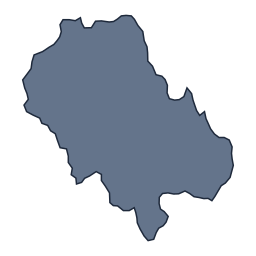 Divinésia, Minas Gerais, Brazil
{"feature_id": "56859067B81533009711708", "entity_name": "Divinésia", "entity_type": "district", "adm_level": 2, "iso_a3": "BRA", "parent_name": "Brazil", "parent_adm1": "Minas Gerais", "projection": "natural_earth1", "projection_center": [-42.994, -20.992], "detail": "fine", "context": "isolated", "style": "filled", "palette": "slate", "viewbox_px": 256, "rotation_deg": 0, "n_neighbors": 0, "source": "geoboundaries", "source_scale": "gbopen_adm2", "svg_char_len": 1588}
<svg xmlns="http://www.w3.org/2000/svg" viewBox="0 0 256 256"><path d="M204.5,111.6L199.7,115.4L196.6,110.6L194.7,105.1L193.0,100.1L191.6,93.6L187.0,87.9L183.9,96.6L179.3,99.6L174.6,100.1L169.4,98.7L167.1,92.9L167.4,85.3L165.1,79.6L161.9,76.2L156.0,74.7L152.5,66.2L147.8,61.1L147.6,52.7L147.0,46.8L144.2,40.8L142.8,31.5L137.9,25.5L134.4,19.3L131.3,15.9L126.1,15.4L121.3,15.9L117.4,19.1L113.6,21.5L109.2,22.0L101.4,20.9L95.5,21.2L91.4,27.7L84.3,27.9L81.7,23.1L80.4,17.7L75.3,20.7L69.4,19.7L63.0,19.7L60.0,24.7L61.3,31.7L59.7,36.9L57.1,40.6L53.9,44.4L49.0,47.3L42.6,51.6L34.1,54.9L32.0,61.8L31.1,68.6L27.0,74.2L22.7,79.9L24.7,87.9L27.0,93.6L28.3,99.3L24.0,105.1L26.6,111.6L33.1,115.1L39.7,118.1L41.9,123.3L47.7,125.4L50.6,130.8L55.3,133.7L57.4,140.2L60.1,147.7L66.5,148.9L68.3,156.1L68.3,162.5L72.3,168.2L71.2,174.7L75.9,178.1L76.5,184.0L81.6,182.4L84.6,178.3L89.5,176.0L96.2,171.6L101.4,174.4L101.4,180.5L105.4,186.2L109.5,192.9L109.9,202.6L113.3,205.6L117.6,205.9L123.4,210.6L129.2,210.6L134.2,207.7L135.8,212.6L136.9,217.8L137.3,222.8L140.1,229.0L144.1,236.0L148.1,240.6L153.7,239.3L156.2,232.6L158.7,228.2L163.2,225.7L166.1,222.1L168.2,216.4L164.2,211.6L160.5,209.1L159.1,203.5L159.3,197.3L162.5,193.5L168.0,192.9L173.7,194.0L178.7,193.8L185.0,191.0L189.7,193.5L194.0,196.7L199.1,197.5L203.8,198.6L208.1,198.4L211.9,200.7L214.9,196.4L217.9,191.3L221.2,185.7L225.4,183.0L230.1,177.4L233.3,165.4L232.1,158.8L231.5,153.4L232.1,146.9L229.2,140.0L224.2,137.5L219.0,137.5L214.4,134.0L210.6,128.9L208.2,123.5L206.0,118.7L204.5,111.6Z" fill="#64748b" stroke="#1e293b" stroke-width="1.5"/></svg>